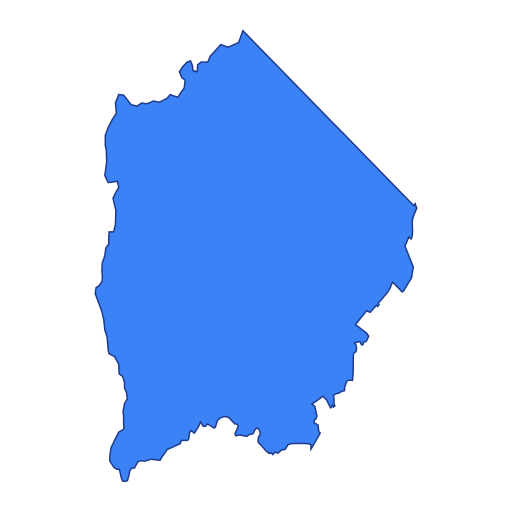 the district of Gwagwalada, Federal Capital Territory, Nigeria
{"feature_id": "59680162B34682847069002", "entity_name": "Gwagwalada", "entity_type": "district", "adm_level": 2, "iso_a3": "NGA", "parent_name": "Nigeria", "parent_adm1": "Federal Capital Territory", "projection": "equal_earth", "projection_center": [7.039, 9.072], "detail": "fine", "context": "isolated", "style": "filled", "palette": "blue", "viewbox_px": 512, "rotation_deg": 0, "n_neighbors": 0, "source": "geoboundaries", "source_scale": "gbopen_adm2", "svg_char_len": 3292}
<svg xmlns="http://www.w3.org/2000/svg" viewBox="0 0 512 512"><path d="M412.5,231.6L412.5,228.6L412.4,226.9L412.2,224.6L412.2,223.4L412.3,220.9L413.1,217.1L413.9,214.7L414.8,212.9L416.5,208.8L416.8,208.0L415.8,205.7L415.1,203.7L414.7,204.4L413.9,205.8L377.5,168.5L370.6,161.4L366.9,157.7L354.5,144.9L344.6,134.7L329.6,119.6L309.9,99.3L298.8,88.0L278.0,66.7L242.9,30.7L238.6,42.6L228.1,47.2L220.8,44.6L212.3,54.0L210.2,56.2L207.8,62.1L201.1,62.1L197.7,64.7L197.2,71.8L192.9,70.5L192.4,65.3L190.5,60.8L187.1,62.1L182.8,66.6L179.4,71.8L181.8,77.6L185.2,80.2L184.2,88.0L180.9,92.5L178.0,97.1L173.2,95.8L170.3,94.5L166.9,98.4L159.2,102.3L153.4,101.0L147.7,103.6L144.3,103.6L141.9,102.9L137.1,106.1L131.3,104.8L123.6,95.1L118.8,94.5L115.4,102.9L116.4,113.3L112.5,119.1L108.2,127.5L105.3,135.3L105.3,145.7L106.3,150.2L106.7,161.9L104.8,175.5L108.2,182.6L117.3,181.3L118.8,187.2L115.9,192.3L113.0,198.2L115.9,210.5L115.4,224.8L113.5,231.9L109.1,231.9L108.7,239.0L108.7,244.2L105.8,248.1L104.8,255.9L102.4,262.4L101.9,269.5L102.4,277.9L101.9,281.8L99.0,285.7L96.1,287.6L95.2,293.5L101.9,311.6L103.8,320.0L104.8,329.8L107.2,337.6L108.2,349.9L109.1,353.8L114.4,356.4L118.7,364.1L119.2,373.9L122.6,376.4L124.5,382.3L124.5,387.5L124.5,388.1L126.4,392.0L127.4,398.5L124.5,403.7L123.1,411.5L123.6,416.6L123.6,422.5L124.0,429.0L118.7,432.2L115.4,438.7L111.0,447.8L110.0,454.8L109.7,460.8L113.7,467.1L116.8,469.3L119.4,469.3L121.4,478.2L122.5,481.0L125.4,481.3L127.4,480.7L128.9,475.5L129.8,470.5L132.1,468.0L134.3,468.1L138.1,461.5L140.8,460.8L144.8,461.1L151.2,459.2L160.0,460.3L160.4,459.7L162.0,456.9L167.3,449.5L180.2,443.7L181.4,440.4L187.6,440.4L188.8,438.7L189.5,432.9L190.9,430.5L194.4,433.1L198.4,426.8L200.5,422.0L203.3,426.3L205.3,426.4L207.6,424.0L214.2,428.1L215.4,427.2L217.5,420.3L220.3,417.9L224.3,416.5L228.4,417.2L234.8,423.9L237.1,424.1L238.3,426.0L235.5,432.6L234.9,433.8L235.9,435.8L239.4,434.9L246.6,436.4L249.9,434.2L252.9,433.9L255.3,429.1L257.0,428.0L258.8,429.2L260.0,431.6L260.2,434.2L258.6,436.9L258.0,440.0L258.2,442.3L261.8,446.0L265.8,450.7L269.4,453.6L271.1,452.7L272.9,454.6L275.1,452.0L277.9,453.2L281.7,449.9L285.0,449.5L287.9,445.0L288.0,444.5L291.3,443.7L292.5,443.5L295.9,443.5L296.0,443.5L303.3,443.4L309.1,443.8L310.9,444.8L311.0,449.1L319.0,435.2L320.2,433.0L318.7,431.5L318.1,425.1L314.2,422.8L314.2,420.1L315.8,419.1L317.0,416.2L314.8,406.4L313.2,405.0L311.8,403.8L312.4,403.4L316.0,401.3L317.2,400.4L318.4,399.5L320.4,398.1L323.0,396.3L326.8,400.2L330.5,407.8L331.6,407.4L332.0,405.4L332.9,405.2L333.7,407.0L334.8,406.0L334.0,403.1L334.0,398.9L333.4,395.5L335.1,394.1L339.0,393.0L341.9,391.3L344.5,390.7L344.7,386.9L346.0,383.6L346.6,381.4L348.7,380.1L352.5,380.4L353.2,372.1L353.3,355.5L353.9,352.9L356.1,351.6L356.6,348.7L355.8,344.4L354.6,343.6L354.8,342.7L360.0,341.5L361.6,344.9L363.1,344.5L363.6,342.1L366.3,341.3L368.7,336.2L366.6,333.1L355.4,324.6L366.2,311.3L366.5,310.8L370.2,312.3L376.5,305.2L377.7,306.5L379.1,304.6L378.3,303.1L380.7,300.4L383.9,296.6L387.7,292.1L389.6,289.0L392.5,282.3L394.0,283.4L395.4,284.9L402.1,291.9L403.5,291.1L405.5,287.7L410.0,280.3L411.5,277.9L413.3,267.1L405.0,246.1L408.8,237.1L409.0,237.2L409.9,238.0L411.2,239.0L412.1,236.3L412.3,235.1L412.5,232.7L412.5,231.6Z" fill="#3b82f6" stroke="#1e3a8a" stroke-width="1.5"/></svg>